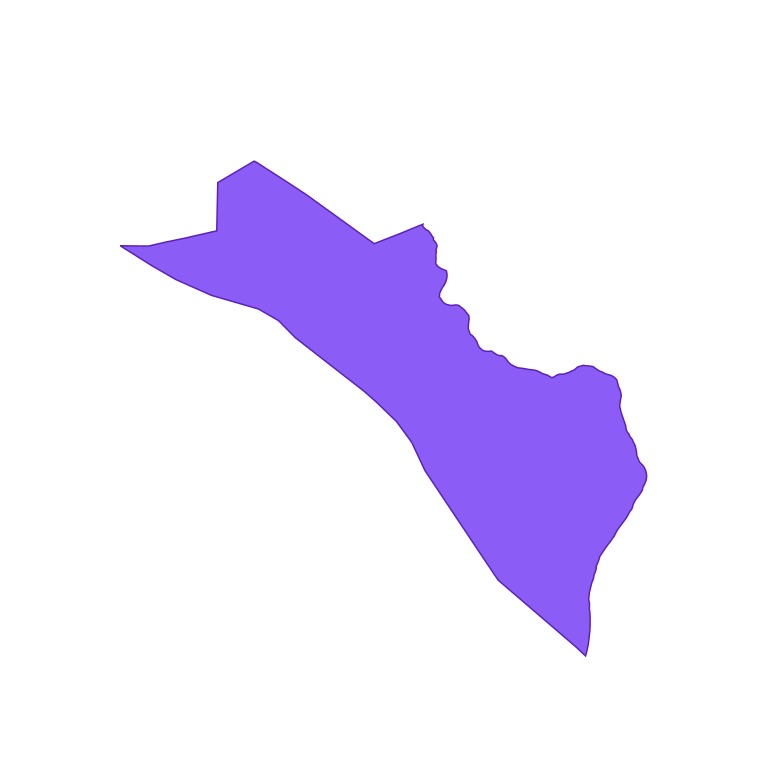 outline of At Tina, Western Darfur, Sudan, rotated 115°
{"feature_id": "16777658B29691256653968", "entity_name": "At Tina", "entity_type": "district", "adm_level": 2, "iso_a3": "SDN", "parent_name": "Sudan", "parent_adm1": "Western Darfur", "projection": "orthographic", "projection_center": [23.027, 15.059], "detail": "fine", "context": "isolated", "style": "filled", "palette": "violet", "viewbox_px": 768, "rotation_deg": 115, "n_neighbors": 0, "source": "geoboundaries", "source_scale": "gbopen_adm2", "svg_char_len": 4288}
<svg xmlns="http://www.w3.org/2000/svg" viewBox="0 0 768 768"><g transform="rotate(115 384 384)"><path d="M370.2,681.6L374.9,644.5L377.3,616.8L376.6,577.9L369.1,529.5L371.1,506.5L379.6,483.6L399.0,399.0L403.7,383.1L412.7,356.9L425.1,334.3L445.3,310.1L476.6,258.6L500.1,219.9L513.5,197.7L525.1,156.3L539.4,105.3L540.6,100.8L545.3,86.4L543.0,86.8L541.3,87.1L540.3,87.3L534.1,88.7L532.5,89.2L527.5,90.8L520.6,93.2L517.1,94.6L515.2,95.4L507.3,99.1L503.3,101.3L501.1,102.8L495.8,105.1L495.1,105.8L493.8,106.7L492.2,107.7L490.7,108.2L486.0,109.8L482.8,110.4L476.9,111.6L475.6,111.7L474.2,111.8L472.8,111.8L470.1,112.4L468.0,113.0L465.4,113.0L461.8,113.6L459.0,114.7L456.3,114.7L453.0,114.9L449.1,115.5L446.0,115.1L444.1,114.8L440.8,114.3L438.5,113.9L435.5,113.3L429.9,112.0L427.5,111.7L424.7,111.1L418.7,110.9L416.7,110.6L415.2,110.3L413.0,109.9L407.4,108.7L405.5,108.3L402.0,107.7L400.5,107.6L395.9,107.3L393.1,106.6L391.1,106.7L387.4,107.3L382.8,107.1L380.0,106.5L379.2,106.3L376.0,105.6L371.2,105.0L368.2,105.7L364.5,105.5L363.5,105.6L360.8,105.7L356.6,106.9L353.9,108.7L352.9,109.4L352.1,110.1L351.1,111.1L350.6,111.7L349.4,113.2L348.6,114.6L348.0,116.2L346.7,119.6L345.9,120.4L343.9,122.5L342.4,124.3L341.2,125.1L338.9,126.4L336.5,128.2L335.9,128.7L333.9,130.1L332.1,132.3L331.2,133.6L329.4,135.5L327.5,139.2L325.9,140.7L325.8,141.1L324.6,143.4L322.9,145.2L321.9,145.9L320.9,146.6L319.7,147.3L318.2,148.8L317.7,149.2L315.6,151.3L313.8,153.0L312.6,154.2L310.9,155.8L310.0,156.7L308.9,157.6L306.3,159.6L304.2,161.2L301.3,162.1L298.9,162.8L296.7,163.4L295.2,163.8L293.3,164.6L292.3,165.4L290.0,167.2L288.9,168.4L287.2,170.4L285.2,172.0L284.1,172.9L283.9,173.1L282.8,174.0L282.0,174.7L281.3,176.0L280.5,178.5L280.3,180.3L280.3,182.2L280.7,184.7L281.1,186.7L281.2,187.1L280.9,191.6L281.2,193.6L281.0,195.8L280.5,198.8L279.9,201.7L280.8,205.3L281.8,207.7L282.8,211.1L285.3,214.2L286.9,215.8L290.7,217.4L291.9,218.4L293.1,219.6L295.4,221.4L298.9,225.0L300.3,227.7L300.3,227.8L300.9,229.1L302.0,230.2L302.4,230.5L302.5,230.7L304.0,231.9L305.3,232.5L307.4,234.7L306.9,239.9L307.6,244.4L307.4,246.6L307.4,249.4L307.3,250.7L308.0,254.1L309.6,258.9L311.2,264.9L312.7,269.4L312.9,272.0L312.7,277.1L312.3,278.4L311.7,280.3L310.7,282.1L309.6,284.1L308.8,286.3L308.7,287.4L308.4,289.2L309.4,291.2L309.8,293.6L309.4,296.6L308.8,300.1L309.2,301.5L310.2,302.9L311.5,306.3L311.7,309.1L310.6,312.9L309.0,315.3L306.5,317.6L304.3,321.0L302.9,324.1L302.4,326.9L300.4,329.0L298.1,331.1L295.2,332.3L291.9,333.5L289.1,334.3L286.1,336.1L284.8,338.8L282.7,343.0L281.2,349.4L281.9,352.2L283.5,354.7L284.8,357.3L285.5,361.5L285.2,363.9L284.8,365.2L283.3,367.6L281.7,370.6L280.1,371.2L278.5,371.8L276.1,372.0L274.2,371.9L271.6,371.8L268.9,371.2L265.2,371.2L261.5,371.8L258.8,372.8L257.3,373.7L255.1,375.2L255.1,377.3L255.3,380.6L254.7,385.1L252.9,388.1L250.8,388.9L248.6,389.7L244.9,391.7L242.4,392.3L240.2,393.6L239.7,393.6L236.5,394.2L234.8,395.7L233.4,398.0L232.5,400.2L230.5,401.0L229.8,402.8L228.6,404.3L226.4,408.4L226.4,411.1L224.9,415.5L223.5,416.0L222.7,416.2L224.1,417.5L226.3,419.6L228.8,421.9L234.4,427.1L236.2,428.7L241.5,433.6L241.9,434.0L243.9,435.9L248.4,440.2L248.6,440.4L252.9,444.5L261.0,452.2L260.8,452.8L260.6,453.9L259.7,458.8L259.7,459.0L258.2,466.5L257.8,469.0L257.6,469.8L256.9,473.6L255.8,479.2L254.1,487.9L254.0,488.3L252.9,494.3L252.7,495.2L252.6,495.8L251.9,499.5L250.9,504.6L249.6,511.7L249.4,512.5L248.5,517.5L247.9,520.2L247.4,523.3L247.0,525.1L245.9,530.8L245.5,532.8L245.3,534.0L245.2,534.8L244.3,540.9L244.0,542.5L243.8,544.3L242.9,550.1L242.8,550.9L242.4,553.8L241.9,557.3L241.7,558.6L241.4,561.1L240.8,565.1L240.2,569.5L240.0,571.3L239.6,573.7L239.1,577.6L238.9,579.4L238.4,583.1L238.3,583.4L238.0,585.9L237.9,586.2L237.7,587.9L237.7,588.0L237.6,588.7L237.4,590.0L237.3,590.8L237.0,592.8L236.9,595.9L271.7,619.8L315.9,600.3L316.2,600.7L316.8,601.5L317.2,601.9L317.2,602.0L317.5,602.4L317.6,602.5L318.2,603.3L318.3,603.5L318.7,603.9L318.8,604.1L319.1,604.5L320.5,606.3L320.8,606.7L321.2,607.1L321.4,607.4L321.8,607.9L322.0,608.2L322.8,609.2L323.8,610.5L325.4,612.5L325.6,612.8L326.6,614.1L328.0,615.9L328.7,616.8L331.5,620.4L335.2,625.1L344.0,636.9L347.4,641.5L358.5,655.7L364.3,668.4L369.8,680.7L370.1,681.3L370.2,681.6Z" fill="#8b5cf6" stroke="#5b21b6" stroke-width="1.5"/></g></svg>